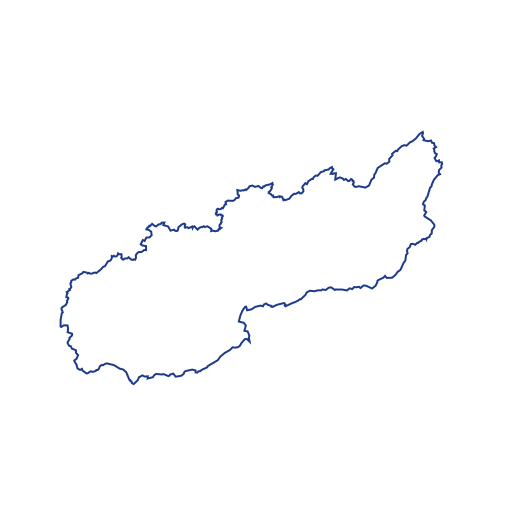 Malinau, Kalimantan Timur, Indonesia (Equal Earth projection), rotated 46°
{"feature_id": "22746128B54632748429230", "entity_name": "Malinau", "entity_type": "district", "adm_level": 2, "iso_a3": "IDN", "parent_name": "Indonesia", "parent_adm1": "Kalimantan Timur", "projection": "equal_earth", "projection_center": [115.266, 2.582], "detail": "fine", "context": "isolated", "style": "outline", "palette": "blue", "viewbox_px": 512, "rotation_deg": 46, "n_neighbors": 0, "source": "geoboundaries", "source_scale": "gbopen_adm2", "svg_char_len": 6109}
<svg xmlns="http://www.w3.org/2000/svg" viewBox="0 0 512 512"><g transform="rotate(46 256 256)"><path d="M313.2,320.1L309.9,318.0L308.8,316.2L304.5,314.4L301.7,316.3L299.0,311.6L295.6,311.2L291.2,313.9L287.8,308.3L285.8,303.4L285.0,299.1L285.6,298.3L288.9,300.1L291.3,296.1L292.0,292.0L295.0,287.0L297.0,286.0L296.4,283.8L297.3,281.6L299.3,281.5L302.6,279.6L303.2,280.2L304.2,279.3L305.6,274.9L309.3,268.5L311.1,268.5L311.5,269.7L312.6,269.8L315.5,261.4L316.0,260.9L317.4,256.5L317.4,254.7L318.3,254.0L318.3,247.3L317.4,244.9L318.4,241.4L322.0,238.4L323.4,235.7L326.1,232.8L326.3,231.4L328.9,229.4L329.3,225.7L330.2,224.4L331.2,223.6L335.2,222.9L335.4,222.0L340.0,217.3L343.9,214.6L344.4,211.0L346.6,209.8L346.6,206.8L348.1,205.7L349.7,203.3L351.6,203.1L351.9,199.2L353.7,197.5L360.0,195.1L360.5,190.7L359.1,186.9L358.2,185.8L358.3,184.7L360.1,179.4L359.9,177.0L362.6,177.2L366.2,173.1L366.5,168.8L365.8,165.4L366.3,161.7L363.3,154.1L363.1,151.8L359.6,147.5L359.3,145.0L357.4,144.0L356.1,142.2L356.4,139.3L355.0,136.3L356.3,134.6L358.5,133.7L358.6,130.8L359.2,130.4L359.2,128.5L360.0,126.2L359.4,125.3L360.1,123.6L361.2,122.8L361.6,121.2L362.2,121.5L361.8,120.8L362.7,117.9L361.7,115.9L361.9,114.0L359.6,111.6L358.8,107.2L357.3,106.0L351.9,105.5L344.6,107.2L343.7,106.9L342.7,103.0L340.0,103.2L337.0,99.5L334.7,99.9L333.5,97.5L333.6,95.1L332.6,93.3L332.4,91.5L327.9,83.5L327.8,81.4L326.6,79.7L324.7,74.9L324.1,69.0L325.0,66.8L322.8,66.6L321.3,64.6L321.3,61.2L319.6,59.8L319.0,58.1L317.7,57.3L315.9,59.2L314.3,58.0L313.4,60.2L312.7,60.4L309.6,59.5L309.2,56.9L308.2,55.1L306.5,55.8L304.4,55.0L303.9,54.2L302.1,53.5L302.7,50.8L300.6,50.9L298.5,49.5L296.9,50.7L294.5,49.9L293.2,52.3L289.1,55.0L288.4,53.7L285.0,53.1L283.6,50.5L282.6,49.9L281.8,53.4L282.5,59.4L282.1,63.8L281.2,66.1L281.2,71.1L279.3,72.3L278.2,74.9L278.1,79.9L278.7,81.5L277.4,82.3L277.0,87.1L278.4,87.8L278.7,92.8L280.8,94.6L280.4,97.9L278.8,98.9L277.2,107.3L279.4,112.5L279.6,114.3L281.6,116.7L281.3,119.9L283.8,125.7L282.8,129.8L277.2,133.6L275.8,136.1L274.4,136.9L271.7,136.6L271.1,134.6L269.9,133.9L269.2,134.5L268.0,133.7L266.6,134.2L266.8,136.8L266.2,137.7L263.0,137.8L262.4,139.9L260.4,139.8L257.6,141.2L256.1,145.9L252.0,141.0L250.4,142.9L250.4,143.7L248.7,145.2L247.3,140.1L246.0,140.4L244.8,139.6L244.1,141.9L244.2,143.7L241.9,147.2L242.2,148.2L240.7,151.1L241.1,155.9L239.6,157.2L239.4,160.0L240.1,161.6L239.3,162.3L238.6,166.4L239.7,169.5L237.9,169.9L238.3,174.2L239.1,175.3L240.6,175.5L242.5,177.1L242.6,179.8L241.2,181.0L239.8,180.8L239.0,184.2L237.7,185.3L237.4,188.6L237.9,192.3L236.1,196.2L235.2,196.3L234.9,197.5L231.7,196.1L230.4,196.7L230.2,198.0L229.1,197.8L228.2,200.0L225.8,202.6L224.2,201.7L223.6,202.5L221.7,202.3L219.5,203.2L218.8,202.3L219.1,200.8L218.5,198.2L217.9,197.2L217.2,197.3L216.4,194.4L214.9,193.5L214.2,196.2L211.8,200.1L211.8,201.9L211.0,202.4L211.5,204.4L210.1,205.3L207.5,205.5L205.5,208.8L202.9,209.6L201.3,212.2L201.8,213.6L201.7,217.3L200.7,217.5L200.4,219.2L199.2,220.2L198.4,221.8L195.6,223.6L199.1,226.4L200.7,226.1L201.9,228.0L200.5,230.1L200.8,232.7L200.3,234.3L196.5,237.9L196.0,240.5L198.0,241.6L197.4,242.8L198.7,246.7L197.7,247.2L197.8,248.7L196.7,250.2L195.7,250.4L195.3,251.4L195.7,252.7L197.2,253.5L197.3,255.2L198.2,255.8L198.9,255.2L200.0,255.6L200.4,254.0L201.6,252.5L202.5,252.8L203.5,251.8L204.3,252.2L204.7,253.9L205.7,254.5L205.9,256.0L207.7,257.1L207.6,257.8L208.4,258.9L208.1,259.9L208.8,261.3L210.2,262.3L211.6,261.5L211.5,263.8L210.7,264.4L211.4,265.7L210.0,268.0L207.5,269.7L206.9,270.9L205.4,269.3L200.9,270.3L199.6,272.7L198.3,272.9L197.9,274.7L197.3,274.9L196.4,277.0L196.5,279.7L191.8,279.7L191.4,281.3L191.8,282.2L190.4,281.5L189.2,285.1L187.5,285.4L186.4,287.3L185.3,286.9L184.0,284.9L182.7,285.2L181.8,287.3L181.4,291.7L183.3,294.5L183.2,295.3L181.9,296.6L180.2,296.6L178.3,299.9L173.7,298.7L169.3,301.2L168.3,298.7L166.5,300.7L166.8,302.4L165.6,304.2L165.3,307.3L164.2,308.0L160.7,308.4L160.9,311.6L160.1,311.8L160.5,313.5L160.1,314.4L160.7,316.3L162.7,315.0L165.7,314.5L168.6,316.7L168.6,319.7L166.6,322.1L167.8,325.7L165.9,326.3L167.5,330.8L169.5,330.4L172.5,328.2L175.4,331.0L174.0,332.3L173.6,335.6L171.6,337.8L171.5,339.2L171.8,341.7L174.0,343.7L174.7,345.6L173.4,346.3L173.4,347.1L172.1,348.2L168.4,348.5L168.4,350.1L166.3,352.7L166.5,353.9L165.9,354.4L163.6,354.2L163.3,353.2L161.2,351.6L159.7,353.1L158.3,353.4L159.2,354.8L159.3,356.7L157.7,358.4L157.0,358.2L156.8,359.4L155.9,359.8L157.4,361.3L158.0,362.9L157.9,364.8L157.0,366.2L158.4,371.8L157.6,373.5L157.9,376.5L157.4,382.7L155.9,383.4L154.6,386.4L153.4,387.6L152.0,387.9L151.7,389.2L150.5,389.2L147.6,391.1L147.7,393.3L146.5,397.0L148.1,399.1L147.1,401.2L147.3,402.6L146.0,403.6L145.5,406.1L146.5,407.1L146.9,408.7L150.0,410.4L150.4,411.8L150.1,413.3L151.2,413.5L150.5,417.2L151.9,417.4L151.9,418.2L153.8,421.0L155.4,420.1L156.2,420.5L156.9,423.1L158.0,423.7L159.1,426.7L158.2,431.7L159.2,432.9L162.3,434.1L162.3,435.5L166.2,440.9L171.0,445.6L171.8,445.3L172.3,442.5L175.0,439.8L177.8,441.7L180.0,444.4L184.1,442.3L184.9,442.9L185.4,443.8L185.3,447.2L186.3,447.8L187.1,451.3L188.0,452.1L190.9,452.8L192.4,451.9L194.7,452.8L198.7,451.0L200.6,452.8L203.7,452.8L205.3,456.6L204.9,459.3L206.4,460.0L209.3,460.5L212.9,462.5L215.7,461.7L216.3,459.6L218.0,460.4L222.7,459.5L223.4,458.7L224.1,455.0L226.1,453.8L227.4,451.2L227.1,450.0L228.1,449.0L227.8,446.8L226.9,445.2L227.0,443.5L227.4,442.4L228.2,442.1L228.9,439.0L229.9,437.7L235.8,434.0L242.3,432.3L245.6,430.3L249.6,430.1L257.1,433.1L257.9,432.6L258.9,433.3L259.7,432.7L261.2,433.5L263.1,433.0L263.2,427.2L261.9,424.5L263.0,420.6L265.3,419.9L267.4,417.4L268.8,419.1L271.6,414.3L271.0,412.3L271.4,409.8L276.0,405.9L276.6,404.6L281.5,402.5L281.9,401.4L281.6,400.2L283.1,397.2L287.0,397.6L290.1,393.2L290.6,390.2L289.6,387.8L289.9,386.5L293.4,380.8L296.3,379.0L297.8,380.3L299.0,379.3L299.1,377.2L300.1,376.1L300.2,374.1L302.2,368.4L301.7,367.4L302.1,365.4L304.4,356.0L303.6,351.4L304.0,345.9L305.5,340.1L305.4,336.3L307.7,334.4L309.1,332.2L309.4,329.9L308.5,327.0L308.1,321.7L309.4,320.2L313.2,320.1Z" fill="none" stroke="#1e3a8a" stroke-width="2"/></g></svg>